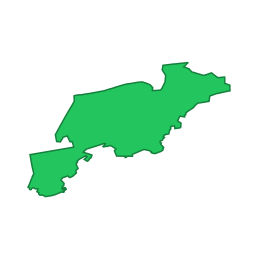 Sīļukalna pag., Riebinu, Latvia (Equal Earth projection), rotated 353°
{"feature_id": "27541924B52460704255524", "entity_name": "Sīļukalna pag.", "entity_type": "district", "adm_level": 2, "iso_a3": "LVA", "parent_name": "Latvia", "parent_adm1": "Riebinu", "projection": "equal_earth", "projection_center": [26.662, 56.5], "detail": "fine", "context": "isolated", "style": "filled", "palette": "green", "viewbox_px": 256, "rotation_deg": 353, "n_neighbors": 0, "source": "geoboundaries", "source_scale": "gbopen_adm2", "svg_char_len": 5133}
<svg xmlns="http://www.w3.org/2000/svg" viewBox="0 0 256 256"><g transform="rotate(353 128 128)"><path d="M69.2,167.8L71.3,166.3L71.0,164.3L71.1,163.7L73.5,162.2L73.0,160.2L72.0,157.6L72.5,157.1L72.6,156.9L73.6,155.8L73.7,155.7L73.5,155.4L73.3,154.8L74.3,154.3L74.3,154.1L76.4,152.8L76.7,152.7L82.3,150.6L82.9,150.4L83.8,151.3L83.6,151.4L83.7,151.5L83.5,151.8L83.1,152.1L82.9,152.1L82.9,152.4L82.7,152.5L82.4,152.8L82.1,152.9L80.7,153.8L83.4,156.0L84.8,155.5L86.2,153.8L87.7,153.0L87.8,152.9L87.9,152.7L88.8,150.9L88.9,150.4L87.8,149.9L87.5,149.7L84.4,148.3L81.4,147.0L80.6,146.5L82.8,144.9L83.9,144.1L84.1,143.9L99.7,141.0L100.3,140.9L102.5,140.4L103.6,141.0L100.9,143.4L101.1,143.5L101.7,143.8L103.6,143.5L104.2,143.7L104.9,143.7L106.7,143.5L108.4,143.2L108.5,143.3L109.6,144.1L110.5,144.8L112.8,146.7L113.3,147.1L113.5,147.2L111.7,149.0L112.9,153.0L113.1,153.5L113.3,154.5L116.0,154.8L119.6,155.4L120.4,155.5L122.2,155.7L121.7,156.9L122.9,156.8L123.8,155.9L129.0,156.6L129.2,154.7L138.8,151.9L141.3,151.2L141.4,151.3L146.2,153.0L148.2,154.1L147.8,154.6L148.4,155.3L148.7,155.8L149.1,156.0L150.2,156.3L151.3,156.6L151.9,156.7L158.1,155.2L160.5,153.9L160.4,153.9L160.2,153.5L160.5,152.6L160.2,152.4L161.0,151.7L160.5,150.8L158.9,148.7L158.6,148.3L159.3,147.0L158.2,146.6L158.3,144.9L159.0,144.7L159.9,144.6L160.7,144.3L160.9,143.8L161.2,143.1L161.6,142.6L162.2,142.7L162.3,142.5L162.5,141.9L162.8,141.8L162.2,141.3L162.5,140.8L162.1,140.5L163.3,139.6L163.7,139.3L163.7,139.2L164.4,139.0L165.0,139.1L165.9,139.0L167.8,138.8L168.3,137.0L169.2,135.3L169.3,134.9L170.1,134.5L170.2,133.9L170.4,133.5L170.3,133.1L170.6,132.5L170.4,131.9L170.9,131.6L174.2,131.5L174.3,131.6L174.4,132.2L174.4,134.3L179.7,134.2L180.3,133.7L180.5,133.5L181.2,129.6L178.8,127.6L178.1,127.0L178.4,126.6L179.4,124.9L180.9,122.6L181.0,122.6L185.6,123.9L185.6,122.6L187.0,121.7L187.1,121.4L187.1,120.2L189.7,118.6L189.8,118.4L190.1,118.4L192.7,117.1L195.2,115.9L195.4,115.8L196.3,114.8L196.5,114.6L198.1,113.3L200.5,111.8L202.8,111.8L211.7,111.4L213.1,106.2L216.8,105.4L219.9,104.7L225.1,104.3L225.1,104.2L233.8,103.5L233.9,100.8L234.4,98.0L229.5,95.4L230.1,90.6L230.1,90.2L230.2,89.7L230.2,89.2L223.3,89.0L218.2,84.1L217.5,83.4L217.4,83.5L215.9,83.8L211.2,84.8L209.5,85.0L208.7,84.7L204.1,82.7L203.2,82.3L200.3,81.0L199.8,80.8L198.1,80.1L197.9,79.9L197.8,79.6L197.7,79.4L197.4,79.0L197.2,78.8L197.0,78.7L196.6,77.9L196.3,77.4L195.9,76.9L195.8,76.7L190.8,74.1L192.6,72.8L194.7,71.0L194.9,70.8L195.0,70.7L196.0,70.4L190.1,70.3L187.0,70.2L183.6,70.2L179.8,70.0L176.6,70.1L170.4,70.0L170.1,70.8L170.1,71.2L170.0,71.7L169.0,74.2L169.8,76.2L170.9,78.5L171.8,80.1L171.4,82.1L171.1,83.6L170.9,84.2L170.6,85.6L170.6,86.4L170.4,86.8L169.9,87.5L168.1,90.4L166.2,93.2L164.7,94.3L161.5,94.2L159.9,94.1L158.7,94.0L158.3,94.0L156.9,93.9L156.7,93.7L157.5,91.0L155.3,87.9L152.7,86.3L148.6,84.4L147.6,84.0L143.6,83.8L140.9,83.9L139.8,84.0L137.3,84.1L131.6,84.2L128.7,84.7L128.0,84.7L126.4,85.0L119.9,86.1L119.7,86.2L117.1,86.7L115.7,86.9L113.3,87.3L108.0,88.3L107.6,88.2L95.0,89.0L91.5,89.1L88.1,89.2L85.4,89.4L83.5,89.1L80.1,89.2L78.4,89.5L78.3,90.2L78.2,91.4L78.0,94.8L77.5,95.5L75.0,98.9L70.0,105.3L67.1,109.2L59.6,119.5L56.9,123.3L55.1,125.8L55.5,132.7L59.2,133.6L62.6,129.2L66.8,128.5L68.7,134.5L70.5,134.8L70.8,134.7L70.9,135.2L70.9,135.4L71.2,136.3L71.4,137.1L71.8,140.4L27.5,142.5L28.1,154.0L28.2,155.3L28.5,157.8L28.9,161.6L28.8,161.8L28.5,162.5L28.4,162.7L27.9,163.4L28.0,163.4L27.5,164.2L27.4,164.2L26.8,165.4L26.6,165.8L26.6,165.7L23.1,172.1L21.6,174.5L21.9,174.6L22.2,174.8L22.6,175.2L22.7,175.3L22.6,175.9L22.8,176.5L22.9,176.9L23.1,177.1L23.5,177.3L23.9,177.4L24.2,177.3L24.5,177.2L25.0,176.5L25.1,176.4L25.3,176.2L25.5,176.1L26.0,175.9L26.5,175.8L27.0,175.9L27.5,176.2L27.8,176.6L28.1,176.8L28.9,177.2L29.3,177.3L29.9,177.2L31.0,177.4L31.2,177.5L31.3,177.7L31.3,177.8L31.3,178.0L31.1,178.3L30.7,178.7L30.6,178.8L30.3,179.2L29.9,179.7L29.9,179.8L29.8,180.1L30.0,180.4L30.7,180.7L31.3,181.0L31.5,181.1L31.6,181.3L31.6,181.5L31.4,182.2L31.4,182.5L31.5,182.6L31.6,182.9L31.8,183.2L31.9,183.5L32.2,183.7L32.3,183.9L32.5,183.9L32.9,184.0L34.9,184.1L35.1,184.1L35.3,184.2L35.5,184.4L36.0,184.7L36.2,185.0L36.7,185.4L37.6,186.0L38.8,186.0L41.3,185.9L42.0,185.9L44.3,185.8L47.9,185.2L48.9,184.9L52.9,183.8L54.0,183.4L55.4,183.8L56.4,183.9L56.6,183.7L56.9,183.5L56.9,183.4L56.7,183.3L56.2,182.8L56.3,182.4L56.6,182.2L57.2,182.2L57.5,182.2L57.8,182.1L58.9,181.5L59.2,181.3L59.3,181.2L59.0,180.7L58.6,179.8L58.4,179.7L57.8,179.5L57.5,179.5L57.3,179.5L57.5,179.8L57.4,179.9L57.1,180.0L57.5,180.1L57.5,180.3L57.5,180.5L57.2,180.7L57.1,180.8L56.5,180.8L56.1,181.0L55.9,181.0L55.5,180.7L55.3,180.3L55.1,180.3L55.5,178.4L55.7,178.2L56.2,177.9L57.0,177.6L57.3,177.2L57.6,175.9L57.7,175.6L57.8,175.1L57.6,174.9L57.5,174.7L57.1,174.2L56.7,173.6L56.1,172.7L55.4,171.9L55.2,171.6L55.2,171.4L56.1,170.3L56.6,169.7L56.8,169.6L57.1,169.4L59.2,169.0L60.8,168.6L61.2,168.5L62.1,168.3L62.3,168.3L62.6,168.3L62.9,168.6L63.0,168.7L63.0,168.9L63.7,169.9L64.0,170.0L64.3,170.1L66.6,169.4L67.0,169.3L67.3,169.2L67.8,168.7L69.2,167.8Z" fill="#22c55e" stroke="#15803d" stroke-width="1.5"/></g></svg>